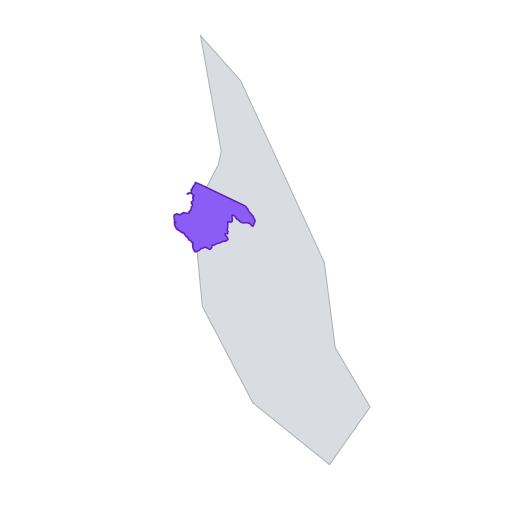 Ngetbong, Ngardmau, Palau shown in context, rotated 327°
{"feature_id": "81905179B3509636164924", "entity_name": "Ngetbong", "entity_type": "district", "adm_level": 2, "iso_a3": "PLW", "parent_name": "Palau", "parent_adm1": "Ngardmau", "projection": "robinson", "projection_center": [134.551, 7.586], "detail": "fine", "context": "in_parent", "style": "filled", "palette": "violet", "viewbox_px": 512, "rotation_deg": 327, "n_neighbors": 0, "source": "geoboundaries", "source_scale": "gbopen_adm2", "svg_char_len": 5380}
<svg xmlns="http://www.w3.org/2000/svg" viewBox="0 0 512 512"><g transform="rotate(327 256 256)"><path d="M269.5,444.8L204.0,471.0L173.4,377.4L183.6,269.0L227.0,185.6L274.1,158.9L283.8,149.3L329.5,41.0L338.6,100.8L309.7,298.9L272.5,376.0L269.5,444.8Z" fill="#d9dde1" stroke="#a8b0b8" stroke-width="1"/><path d="M245.2,161.3L244.7,161.7L244.5,162.1L244.0,162.3L243.9,162.4L243.1,162.8L242.8,162.9L242.7,163.1L242.1,163.3L241.1,163.5L240.6,163.7L240.6,163.8L240.2,164.0L240.1,164.3L239.8,164.6L239.6,164.6L239.1,165.1L238.9,165.2L238.4,164.9L238.2,164.9L237.8,165.3L237.7,165.2L237.6,165.3L237.7,165.5L237.5,165.8L236.9,166.5L236.5,167.4L236.3,167.6L234.4,167.0L234.4,166.8L233.9,166.6L233.7,166.7L233.4,166.4L233.1,166.6L232.4,166.3L232.3,166.6L232.6,166.7L232.6,166.8L233.0,167.0L233.1,166.6L235.8,167.7L235.6,167.9L235.7,168.0L235.8,168.2L235.9,168.8L236.2,169.6L236.6,170.7L236.5,170.8L236.8,171.3L236.7,171.6L236.4,171.4L236.1,171.4L235.9,171.4L235.6,171.7L235.5,171.8L235.4,171.9L235.5,172.1L235.3,172.1L235.2,172.2L235.0,172.5L234.6,172.7L234.6,173.0L234.4,173.4L234.5,173.6L234.4,173.7L234.5,173.8L234.4,174.0L234.5,174.1L234.4,174.3L234.2,174.3L234.1,174.6L233.9,175.0L233.8,174.9L233.7,175.0L233.3,175.2L232.9,175.2L232.1,175.5L231.8,175.4L231.6,175.4L231.1,175.7L230.9,176.1L230.7,176.2L230.7,176.4L230.5,176.9L230.5,177.2L230.6,177.4L230.9,177.5L231.0,177.6L230.9,177.9L230.4,178.3L230.4,178.6L230.2,178.8L230.1,179.2L229.6,179.6L229.2,179.6L228.8,179.7L228.7,179.8L228.6,179.7L228.5,179.8L228.4,180.0L228.2,180.0L228.0,180.3L227.9,180.4L227.7,180.5L227.5,180.9L227.5,181.2L227.3,181.3L227.1,181.4L226.9,181.6L226.7,181.7L226.3,181.9L226.4,182.0L226.1,182.2L225.9,182.0L225.5,182.0L225.4,182.1L225.2,182.1L224.9,182.2L224.8,182.3L224.7,182.3L224.6,182.5L224.3,182.6L224.1,182.5L224.0,182.4L223.9,182.5L223.7,182.8L223.6,183.0L223.2,183.1L223.0,183.3L222.6,183.3L222.3,183.4L222.1,183.1L221.9,182.8L221.7,182.8L221.7,182.6L221.3,182.4L220.9,182.1L220.7,182.0L220.5,181.9L220.4,181.8L220.2,181.6L219.9,181.2L219.8,180.9L219.7,180.9L219.4,180.7L219.1,180.5L219.0,180.3L218.9,180.2L218.8,180.3L218.7,180.3L218.6,180.1L218.3,180.0L218.1,180.1L217.9,180.1L217.4,180.0L217.1,180.3L216.4,180.3L216.1,180.2L215.7,180.0L215.4,180.0L215.2,180.1L215.0,179.8L214.4,179.4L214.1,179.4L214.0,179.1L213.9,179.0L213.8,178.9L213.7,179.2L213.4,179.0L213.4,178.6L213.2,178.2L213.0,177.9L212.6,177.6L211.8,177.3L211.1,177.3L210.5,177.1L210.4,177.2L209.9,177.3L209.6,177.5L209.5,177.4L209.3,177.8L209.0,177.8L208.9,178.0L208.5,178.8L208.5,179.0L207.8,179.9L207.6,180.4L207.5,180.8L207.1,181.8L207.0,182.2L206.8,182.3L206.4,182.6L206.4,182.8L206.1,182.9L206.0,183.2L205.9,183.4L205.7,183.6L205.6,183.8L205.9,184.0L206.0,184.0L206.0,183.9L206.4,183.9L206.6,183.9L206.7,184.0L206.2,184.1L205.7,184.4L205.6,184.6L205.4,184.7L205.3,184.8L205.0,184.9L204.8,185.1L204.7,185.4L204.7,185.8L204.8,186.1L204.7,186.5L204.8,186.6L204.7,186.7L204.7,186.9L204.7,187.2L204.5,187.4L204.2,187.5L204.1,188.3L204.2,189.3L204.3,189.3L204.2,189.7L204.3,189.8L204.3,190.1L204.5,190.2L204.4,190.2L204.4,190.5L204.6,190.5L204.7,190.8L205.0,190.9L205.0,191.0L204.9,191.1L204.6,191.4L204.7,191.5L204.8,191.8L204.9,192.0L205.4,192.8L205.6,193.5L205.8,193.7L205.9,194.5L206.4,195.0L206.4,195.3L206.5,195.4L206.4,195.5L206.5,195.9L206.7,196.0L206.8,196.2L206.8,196.3L207.0,196.3L207.0,196.5L207.5,196.8L207.5,197.0L207.8,197.2L207.8,197.4L207.9,197.8L208.0,198.0L207.9,198.6L208.0,198.7L207.9,199.7L208.1,200.4L208.0,200.7L208.0,201.4L208.3,201.9L208.2,202.1L208.4,202.5L208.5,202.8L208.5,203.0L208.7,203.5L208.5,204.3L208.6,204.5L208.6,205.0L208.8,205.7L209.0,206.3L208.9,206.3L209.2,206.6L209.2,206.8L209.4,207.1L209.4,207.5L209.6,207.9L209.5,208.4L209.5,208.5L209.6,208.9L209.8,209.0L209.8,209.3L209.7,209.4L209.8,209.7L210.0,209.8L209.9,209.9L209.9,210.0L209.9,210.3L210.1,210.4L210.1,210.5L209.9,210.4L209.6,210.7L209.5,210.9L209.6,211.2L209.8,211.3L209.7,211.4L209.5,211.9L209.2,212.1L208.9,212.4L208.7,212.4L208.6,212.6L208.4,212.9L208.3,213.2L208.3,213.4L208.1,213.6L208.0,214.0L207.9,214.2L207.9,214.3L207.7,214.5L207.6,214.9L207.5,215.1L207.6,215.3L207.5,215.7L207.3,215.9L207.3,216.1L207.2,216.2L207.0,216.5L207.1,216.9L207.2,217.1L207.4,217.5L207.3,217.9L207.1,217.9L207.0,218.1L207.0,218.6L207.3,218.6L207.2,218.9L207.2,218.7L207.0,218.8L207.1,219.0L207.3,219.4L208.0,219.8L208.2,219.7L208.5,219.9L211.3,220.3L212.5,220.0L213.3,220.0L214.3,219.7L215.0,220.3L216.1,220.6L218.1,220.6L220.1,224.0L220.5,224.9L220.9,225.3L221.4,225.5L223.5,224.8L225.0,223.2L225.5,223.2L226.4,223.9L227.9,224.2L228.8,224.2L229.6,224.1L231.3,224.8L233.8,225.5L235.6,225.5L238.4,226.9L240.3,227.1L241.6,226.8L242.0,225.3L242.0,223.4L241.5,221.8L242.2,220.7L242.9,220.8L243.9,221.4L244.2,221.8L246.0,220.1L245.8,218.9L246.1,218.4L248.1,216.2L250.3,212.9L250.8,212.1L251.9,212.5L252.9,213.8L254.5,214.1L255.6,213.4L257.7,209.2L258.5,208.8L259.0,209.5L259.8,210.8L260.0,212.5L259.8,213.6L260.2,215.1L260.9,216.3L261.1,217.0L261.3,218.3L262.2,220.3L263.5,221.4L266.7,223.2L267.5,224.4L268.1,224.7L268.4,225.1L268.5,225.9L268.8,226.8L268.8,228.0L269.1,228.9L269.6,229.3L271.1,228.6L272.0,227.9L273.1,227.1L274.5,225.9L274.8,224.8L274.6,224.0L274.8,223.3L274.7,222.5L275.3,221.3L274.2,214.0L274.7,212.6L274.7,211.8L274.4,210.8L274.5,209.0L273.3,206.7L248.2,165.6L245.2,161.3Z" fill="#8b5cf6" stroke="#5b21b6" stroke-width="1.5"/></g></svg>